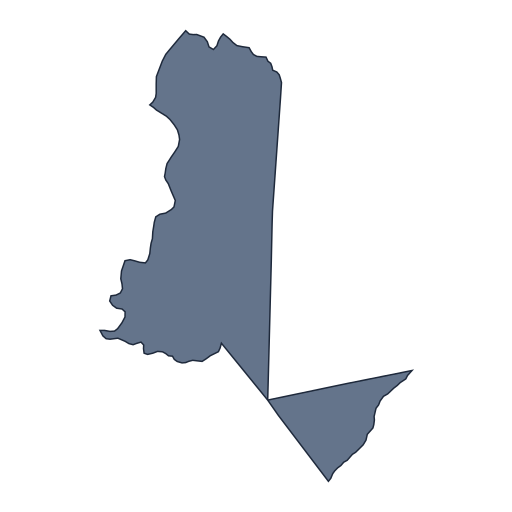 the district of Vigia, Pará, Brazil
{"feature_id": "56859067B98981915099258", "entity_name": "Vigia", "entity_type": "district", "adm_level": 2, "iso_a3": "BRA", "parent_name": "Brazil", "parent_adm1": "Pará", "projection": "albers", "projection_center": [-48.119, -0.944], "detail": "fine", "context": "isolated", "style": "filled", "palette": "slate", "viewbox_px": 512, "rotation_deg": 0, "n_neighbors": 0, "source": "geoboundaries", "source_scale": "gbopen_adm2", "svg_char_len": 2120}
<svg xmlns="http://www.w3.org/2000/svg" viewBox="0 0 512 512"><path d="M100.0,330.4L102.9,335.9L106.1,338.7L110.0,339.2L117.9,338.2L125.1,341.3L128.9,343.6L133.1,344.7L136.6,343.4L141.0,342.1L143.7,345.0L143.5,348.7L144.1,353.2L147.6,354.4L152.8,353.2L157.5,351.4L162.5,351.8L165.8,353.6L168.5,355.8L172.5,356.2L174.3,359.4L177.2,361.5L182.0,362.9L185.6,362.6L188.8,361.3L192.7,360.3L202.1,361.4L206.0,358.9L210.3,355.7L218.4,351.7L220.1,348.0L221.4,343.2L267.7,400.1L271.3,261.0L271.5,251.7L272.1,224.0L272.5,211.0L280.5,98.0L281.5,82.6L280.3,78.2L279.2,74.8L276.8,72.0L272.7,70.2L272.0,66.8L270.7,63.3L267.9,61.2L266.0,57.1L261.6,56.8L256.9,56.4L253.4,54.5L251.3,51.7L249.1,47.7L242.4,46.7L236.9,45.6L232.9,42.5L230.0,39.3L226.4,36.3L223.2,33.9L220.6,37.1L218.5,40.9L216.9,45.8L213.4,49.5L209.0,46.9L207.3,41.7L204.0,37.2L196.7,34.5L193.3,34.6L189.3,34.1L185.7,30.7L178.8,38.7L169.6,49.7L165.8,54.3L162.3,61.1L156.4,76.6L156.2,84.1L156.2,88.1L156.2,93.5L155.6,97.4L152.8,102.1L149.8,104.9L153.6,107.5L156.5,110.1L166.4,116.2L169.9,119.4L174.2,124.8L177.4,129.8L179.0,135.2L179.6,139.5L178.3,146.4L174.8,151.9L171.2,157.1L169.2,160.3L167.1,163.5L165.8,168.7L165.2,173.0L164.5,176.6L165.8,180.0L168.3,183.7L171.2,191.0L175.3,200.5L174.0,206.9L171.4,209.5L165.7,213.1L159.9,214.2L155.8,216.8L154.3,222.2L153.7,226.3L152.8,231.8L152.4,238.7L151.1,243.2L150.4,247.8L149.8,253.6L147.8,259.9L145.4,262.9L139.7,262.3L134.6,260.8L130.1,259.7L125.0,260.7L121.5,271.0L120.8,278.8L122.0,283.9L122.5,288.8L120.3,293.0L116.0,295.1L111.0,295.8L109.7,301.0L112.6,305.3L116.6,308.2L122.0,309.0L125.1,311.8L125.0,317.0L122.0,322.7L117.6,328.7L114.5,331.1L110.0,331.4L104.5,330.4L100.0,330.4ZM412.0,370.5L347.6,383.4L267.7,400.1L278.3,415.3L328.4,481.3L330.8,478.3L332.7,473.7L334.7,470.9L337.6,467.9L340.9,465.5L343.7,462.2L347.2,460.3L352.4,454.3L355.6,452.3L363.1,444.9L366.0,440.1L367.3,434.3L372.9,428.0L373.8,424.6L374.4,420.0L374.1,416.5L376.0,408.3L378.6,404.9L380.1,401.0L383.5,396.3L387.7,393.9L393.7,388.2L397.2,385.5L400.2,382.6L405.8,378.9L407.5,375.5L412.0,370.5Z" fill="#64748b" stroke="#1e293b" stroke-width="1.5"/></svg>